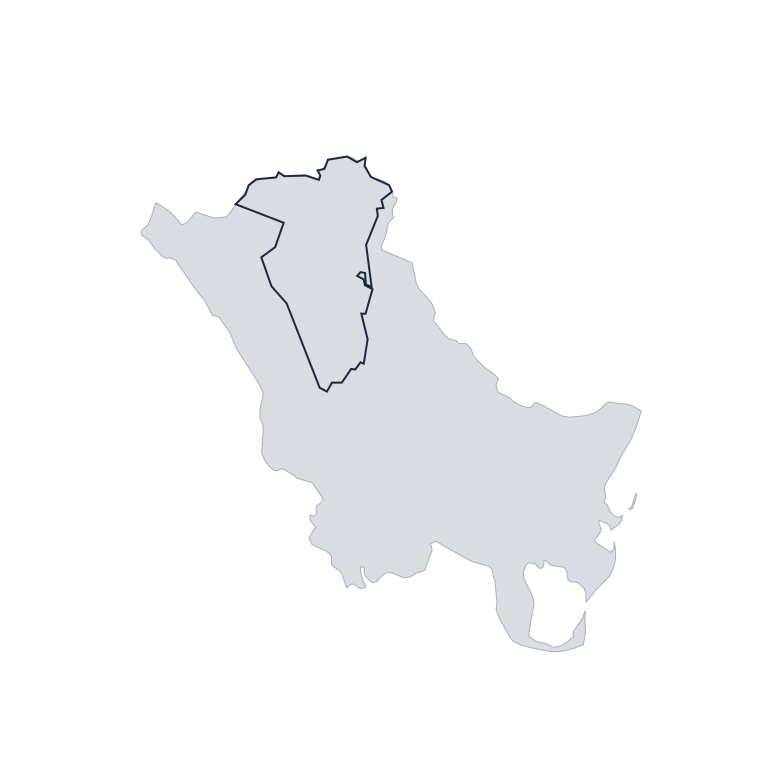 where Mary sits in Turkmenistan, rotated 202°
{"feature_id": "TKM-360", "entity_name": "Mary", "entity_type": "Province", "adm_level": 1, "iso_a3": "TKM", "parent_name": "Turkmenistan", "parent_adm1": "", "projection": "orthographic", "projection_center": [62.192, 37.327], "detail": "coarse", "context": "in_parent", "style": "outline", "palette": "slate", "viewbox_px": 768, "rotation_deg": 202, "n_neighbors": 0, "source": "natural_earth", "source_scale": "10m", "svg_char_len": 4429}
<svg xmlns="http://www.w3.org/2000/svg" viewBox="0 0 768 768"><g transform="rotate(202 384 384)"><path d="M235.7,252.4L267.0,256.1L276.6,257.9L280.8,253.6L280.7,252.5L279.3,251.4L277.2,248.1L276.3,226.6L279.2,223.7L282.5,221.7L287.4,215.2L289.9,213.3L293.6,211.7L305.5,211.9L310.6,210.8L315.2,203.4L316.3,198.9L319.7,195.5L321.5,195.7L329.4,199.0L331.1,200.7L333.6,206.4L336.6,206.1L337.1,205.2L336.8,204.0L334.7,200.4L329.9,193.9L325.2,189.7L324.8,188.4L329.2,185.4L337.5,187.0L339.7,186.1L342.1,181.1L352.8,192.9L354.9,194.1L363.7,196.0L365.2,197.6L368.0,204.3L371.0,206.1L374.7,207.4L390.6,208.1L395.4,212.6L396.2,213.7L395.2,216.8L394.7,222.8L393.4,225.1L394.2,226.1L399.8,228.7L403.1,232.7L403.4,234.3L402.4,235.4L399.7,234.8L398.4,236.5L398.3,239.6L400.1,242.6L400.6,245.3L397.7,251.4L397.6,254.0L398.5,255.5L412.8,265.1L415.1,265.5L429.1,264.0L431.8,265.1L444.0,267.3L447.5,267.0L449.8,264.0L452.1,262.9L454.2,262.8L460.0,264.8L466.2,268.8L470.3,272.5L472.3,275.8L477.9,294.2L481.6,301.7L486.0,305.5L489.1,312.7L491.9,328.3L493.6,331.5L500.4,337.6L535.4,362.7L546.1,374.0L562.7,384.6L568.7,383.2L581.9,394.6L590.2,398.8L600.9,405.5L623.6,420.7L628.5,421.1L633.7,418.7L638.5,419.8L647.0,423.5L656.3,429.3L664.0,431.0L666.3,433.6L666.5,435.1L662.5,443.0L662.4,452.9L663.5,466.1L661.4,466.4L646.0,463.3L631.3,455.8L628.0,458.5L626.3,461.3L623.1,472.9L603.6,474.2L592.3,480.1L582.7,517.6L580.4,522.3L574.1,528.5L562.9,534.7L561.2,537.1L560.8,539.4L559.4,540.1L553.2,540.2L529.3,548.7L524.0,548.7L521.9,549.4L521.0,550.9L523.7,558.3L521.6,560.4L520.1,564.1L519.0,570.6L503.2,580.8L499.8,581.9L493.5,581.0L490.2,582.1L486.8,585.3L485.2,584.3L484.4,581.1L482.7,579.0L472.8,570.9L461.4,572.1L457.2,571.4L453.8,570.0L448.7,565.3L445.4,560.9L441.8,561.4L440.9,559.3L440.7,556.8L441.8,553.9L441.5,548.3L439.6,544.2L437.3,542.5L440.0,536.0L440.0,531.2L438.5,526.0L437.9,518.4L438.4,511.0L436.3,507.3L403.3,507.0L391.9,489.6L387.2,485.3L371.1,477.7L366.7,473.6L363.2,469.3L362.4,463.4L360.7,459.8L358.2,459.2L345.7,452.0L340.7,450.0L333.7,451.5L329.6,449.4L324.7,451.8L322.7,451.9L317.5,450.1L311.4,443.6L306.2,440.9L295.1,436.4L287.3,434.8L280.5,432.1L279.8,431.2L279.9,425.9L279.0,423.7L277.2,421.0L274.5,418.9L262.7,418.4L257.3,416.2L253.0,415.6L243.5,415.4L240.4,416.6L238.5,418.2L237.1,423.2L236.0,423.9L226.8,423.4L207.4,420.9L199.1,422.9L185.9,429.8L178.1,435.8L175.7,438.6L170.5,449.9L168.5,451.4L165.9,452.5L163.3,452.6L151.4,456.2L146.8,456.9L135.3,455.3L134.0,437.9L134.3,424.2L137.2,405.5L137.7,393.4L141.2,375.2L141.0,370.6L135.9,362.0L135.6,356.4L132.1,355.7L126.8,350.5L121.4,348.1L118.6,347.7L115.9,348.8L113.7,351.4L112.8,347.0L113.3,342.5L118.7,333.6L121.2,336.6L124.5,338.0L133.2,338.2L132.6,335.0L128.5,331.4L128.1,327.1L128.8,322.8L130.4,318.8L129.2,317.0L127.3,315.8L122.7,315.5L110.8,312.8L108.9,317.5L111.5,324.1L106.8,316.3L103.8,308.5L102.4,299.6L102.9,290.2L109.2,275.6L114.8,257.5L118.6,265.7L121.6,269.4L128.8,272.3L132.4,272.1L136.4,270.5L140.1,271.5L145.2,280.1L149.4,281.3L158.3,279.0L162.5,278.7L166.0,280.4L169.7,280.7L168.4,276.8L168.1,273.1L170.4,271.3L177.1,274.0L182.7,272.3L183.8,271.4L184.6,268.3L184.4,261.9L183.3,259.1L180.5,255.1L169.2,245.2L165.5,241.3L162.5,236.4L158.8,217.6L155.7,205.5L154.2,204.0L147.4,202.4L133.9,204.0L129.3,203.0L127.0,204.0L121.1,208.4L118.1,212.3L113.6,221.6L115.9,225.0L112.1,241.1L112.6,248.1L112.1,248.6L109.0,239.5L104.5,230.4L101.5,216.8L110.3,209.0L117.7,203.6L125.4,199.7L133.2,197.4L150.6,194.2L160.0,193.3L167.6,193.7L173.2,197.1L188.0,208.9L194.3,215.4L196.0,218.0L197.4,223.9L207.6,243.2L210.1,246.0L214.2,252.3L218.4,254.3L235.7,252.4ZM109.4,375.5L108.8,377.9L107.3,370.3L107.0,362.0L108.6,359.8L110.2,360.1L108.4,362.9L109.4,375.5Z" fill="#d9dde1" stroke="#a8b0b8" stroke-width="1"/><path d="M589.0,495.1L583.5,507.4L583.9,517.8L579.1,526.0L561.4,535.1L561.0,540.8L554.3,539.3L534.8,548.0L520.8,548.9L521.2,553.4L525.6,557.1L519.8,561.1L520.0,571.0L503.4,581.1L492.1,579.5L485.8,586.9L483.6,578.8L473.8,571.1L453.7,570.3L448.6,565.3L455.3,553.7L450.4,547.1L456.3,543.9L452.7,537.5L452.7,506.3L431.8,469.3L438.2,469.6L443.1,479.8L447.7,478.9L449.3,474.2L441.9,473.3L438.7,468.4L430.2,467.7L427.4,442.2L431.4,440.8L415.9,419.3L410.4,395.3L413.9,395.3L416.1,386.7L420.1,385.7L423.6,369.5L432.8,365.7L434.1,355.6L442.2,356.4L504.5,422.3L524.9,432.4L545.2,455.5L536.2,470.1L537.4,495.9L589.0,495.1Z" fill="none" stroke="#1e293b" stroke-width="2"/></g></svg>